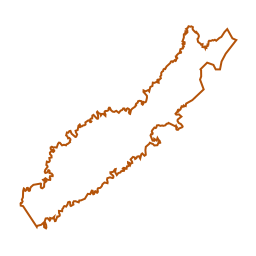 Santiago Yaveo, Oaxaca, Mexico (Equal Earth projection), rotated 184°
{"feature_id": "50627088B23912384176542", "entity_name": "Santiago Yaveo", "entity_type": "district", "adm_level": 2, "iso_a3": "MEX", "parent_name": "Mexico", "parent_adm1": "Oaxaca", "projection": "equal_earth", "projection_center": [-95.477, 17.488], "detail": "fine", "context": "isolated", "style": "outline", "palette": "amber", "viewbox_px": 256, "rotation_deg": 184, "n_neighbors": 0, "source": "geoboundaries", "source_scale": "gbopen_adm2", "svg_char_len": 5825}
<svg xmlns="http://www.w3.org/2000/svg" viewBox="0 0 256 256"><g transform="rotate(184 128 128)"><path d="M35.9,233.6L38.4,230.5L41.2,225.4L43.1,224.2L46.1,221.2L47.5,222.1L48.9,221.3L49.7,221.6L51.4,220.7L53.1,220.7L53.6,220.0L53.7,216.8L54.5,216.8L54.3,215.3L55.6,214.9L55.4,213.3L56.3,213.4L56.4,213.0L56.8,214.0L56.5,215.2L57.6,213.8L59.4,214.0L59.5,216.8L60.8,216.2L61.2,216.9L64.1,218.8L64.9,221.6L64.2,222.5L63.7,224.5L64.0,225.6L65.1,227.1L65.8,227.3L66.2,228.3L66.7,228.7L67.2,228.0L67.7,228.3L70.1,230.6L70.5,231.4L70.3,233.1L71.9,233.8L72.8,233.4L74.7,233.7L75.5,231.9L76.9,230.9L75.7,229.7L75.4,227.6L76.4,226.5L76.3,227.8L77.4,228.4L77.5,226.7L78.8,225.3L78.6,222.1L79.7,218.2L77.5,217.5L77.4,215.8L78.1,215.4L79.1,216.2L79.5,215.8L78.0,213.1L79.0,212.5L78.8,211.2L81.2,210.3L81.6,207.6L81.2,207.3L80.7,207.9L80.3,207.4L80.4,206.8L82.8,205.9L84.5,203.9L84.7,202.9L85.3,202.7L85.0,201.7L84.1,201.7L83.7,201.2L84.7,199.8L84.9,198.5L85.2,198.2L86.2,198.9L87.9,197.0L88.7,197.7L89.8,197.3L90.4,195.7L93.9,192.0L95.0,189.4L95.9,189.6L96.7,188.9L96.9,187.3L98.1,186.4L98.7,185.1L98.5,183.0L99.4,181.6L98.7,179.9L100.3,178.2L101.3,178.5L102.1,177.8L100.7,176.3L100.6,175.3L102.9,175.9L104.7,174.9L106.4,175.0L106.6,171.6L108.6,170.5L109.4,166.0L110.5,167.2L113.1,165.8L115.1,166.6L115.1,165.1L111.4,161.5L111.2,159.4L111.7,156.3L112.2,155.1L113.2,154.7L114.4,155.1L114.6,152.9L115.0,152.3L116.0,153.0L116.1,155.1L116.8,155.8L118.7,155.9L119.9,155.3L120.0,154.1L121.6,152.8L122.1,150.8L121.8,150.8L122.4,149.8L125.1,147.6L126.2,146.2L126.9,142.2L127.5,142.4L128.2,143.5L127.8,145.3L128.2,146.8L129.7,147.6L130.6,147.0L131.0,145.1L131.4,145.0L132.2,145.5L133.0,147.2L134.1,147.2L135.0,145.6L136.6,144.8L138.2,142.5L140.9,144.3L142.9,143.1L144.5,143.3L146.2,144.6L147.5,146.9L148.1,146.9L147.8,147.3L148.3,147.0L148.7,144.4L150.0,143.6L151.8,143.4L152.4,142.7L152.5,142.3L151.4,139.9L151.4,138.6L153.7,140.4L155.0,140.2L155.9,138.7L156.4,140.2L158.4,140.8L159.7,142.2L160.1,141.6L158.8,138.6L158.4,135.9L158.8,135.1L159.7,135.2L163.3,138.7L164.4,137.9L164.4,135.1L165.4,134.9L166.2,134.1L166.0,132.5L165.0,132.0L165.4,131.3L166.1,131.2L167.5,132.9L168.2,132.8L170.9,130.6L170.6,128.5L171.4,127.8L173.0,127.4L174.3,126.3L175.5,126.6L176.4,128.1L177.3,127.1L175.7,125.8L175.9,125.5L177.7,125.6L178.1,122.4L180.1,121.6L179.6,119.9L178.3,118.0L179.1,115.7L179.9,115.4L183.9,118.4L185.2,121.1L186.3,120.8L187.2,119.2L188.6,119.3L189.2,116.3L187.9,115.4L187.0,113.5L185.8,114.0L184.7,112.8L184.6,112.0L185.2,110.8L184.8,109.9L187.1,107.9L188.2,107.4L188.6,106.4L190.7,106.8L192.6,106.1L194.9,108.5L195.9,108.6L196.7,107.4L197.8,103.5L199.6,103.7L200.9,103.3L202.7,104.0L203.8,103.2L203.7,101.9L202.8,100.8L200.9,101.2L200.0,100.4L200.0,99.8L200.8,98.9L202.9,99.6L204.2,97.9L204.0,96.5L202.4,95.1L202.2,93.3L204.4,92.6L203.7,89.8L204.2,88.8L204.9,88.4L206.6,88.8L206.9,85.4L205.9,84.7L205.5,83.6L207.6,80.5L208.0,78.5L207.3,77.4L205.8,77.9L204.9,78.9L204.6,80.3L204.1,80.4L203.2,79.6L203.2,77.6L201.0,77.2L199.8,75.8L199.8,74.7L202.4,74.5L202.6,73.1L201.9,71.8L202.0,70.8L204.7,70.7L206.9,72.1L208.2,70.7L209.1,70.4L208.5,69.6L206.6,69.7L205.9,69.0L207.7,67.2L207.6,63.5L209.2,61.9L210.3,62.1L210.9,62.9L210.9,66.3L211.2,66.5L218.4,64.7L220.6,62.5L221.3,61.1L221.5,58.8L222.3,58.3L223.0,58.8L223.1,60.7L223.8,61.3L224.6,61.1L225.2,58.9L226.0,58.1L226.8,58.4L227.3,60.2L227.7,60.4L228.2,57.9L228.0,51.4L228.9,49.1L228.0,47.4L228.8,45.8L229.6,45.8L229.9,45.3L229.6,43.1L227.2,42.7L212.1,23.0L211.9,24.0L207.8,25.4L205.9,27.4L205.1,25.8L204.7,23.2L202.8,22.2L202.5,22.9L202.9,25.5L204.6,29.0L203.8,32.0L201.9,32.4L199.6,30.2L199.1,31.1L199.3,32.8L197.2,32.4L195.5,34.2L195.8,32.5L195.0,31.7L194.4,30.0L193.8,30.1L192.3,34.8L191.3,34.7L190.0,35.8L190.1,37.2L190.8,38.2L191.1,40.5L187.9,40.4L187.9,42.5L187.1,43.6L186.5,45.3L185.9,45.7L184.2,45.3L182.9,47.9L182.6,49.7L181.3,50.3L180.7,50.0L180.1,46.6L179.5,46.2L177.1,47.8L177.7,49.6L177.0,51.1L175.3,51.3L172.0,50.4L171.5,52.3L169.9,52.5L166.1,54.4L163.5,59.5L161.1,59.4L159.8,63.0L158.9,62.9L158.7,60.4L158.0,59.5L157.2,59.9L156.9,61.8L156.3,62.7L155.8,62.7L155.0,61.4L154.1,61.3L153.6,62.2L154.1,64.9L153.7,65.8L151.4,66.4L150.1,68.1L149.6,70.0L147.7,72.0L144.6,71.5L144.5,72.5L145.3,74.9L145.1,76.5L142.6,77.5L139.9,77.0L139.3,77.3L139.1,78.4L139.5,79.4L142.3,81.4L142.5,82.6L140.1,83.1L139.3,83.8L138.1,86.0L137.4,86.2L137.8,83.2L135.9,80.3L134.5,82.4L132.5,83.1L131.7,84.5L129.0,85.0L128.8,86.1L130.4,87.0L129.8,87.9L128.4,87.9L127.5,87.2L126.6,87.2L126.4,89.6L124.8,90.0L124.4,90.7L125.5,92.8L125.6,93.8L124.2,93.3L124.0,92.1L123.3,91.1L122.8,92.8L121.3,93.4L121.6,94.7L123.2,96.9L121.0,99.5L119.3,99.1L118.7,97.6L117.7,98.3L116.7,100.2L115.1,100.6L113.7,98.4L112.9,102.7L112.0,103.6L109.6,101.5L108.4,102.5L109.1,107.2L108.9,110.5L105.7,113.7L105.2,114.8L101.9,113.7L100.5,112.4L97.5,112.9L96.2,116.4L94.5,114.8L95.6,117.4L96.8,118.4L97.9,120.1L98.5,117.5L101.1,119.0L101.0,117.1L102.6,117.1L105.0,122.1L104.6,123.3L103.7,123.3L103.1,123.9L103.5,124.9L103.3,125.0L104.0,126.0L103.8,127.2L101.7,130.3L100.4,129.9L99.9,130.3L99.3,132.6L97.6,133.0L95.9,132.4L94.0,132.9L93.1,132.6L90.9,133.3L89.8,134.9L88.5,135.1L88.0,135.9L80.7,132.9L80.4,133.4L80.2,132.7L79.9,133.0L79.2,132.1L79.8,130.9L79.6,130.0L78.9,129.6L77.8,129.8L77.2,131.0L74.1,132.5L73.6,133.1L73.9,133.9L75.5,135.6L77.8,136.6L79.1,138.5L79.0,139.9L75.5,143.1L78.1,145.1L80.8,144.7L81.6,145.5L80.5,147.1L79.4,147.6L79.8,148.3L79.5,149.2L78.7,148.7L78.4,149.7L77.8,149.4L77.2,149.9L76.7,150.8L76.6,152.1L75.9,152.4L75.9,153.4L74.9,153.3L74.1,154.3L73.6,153.4L72.7,154.1L72.0,153.9L71.7,156.4L65.8,160.3L55.2,171.8L59.5,181.3L58.6,184.5L59.1,190.6L59.8,191.6L53.6,198.7L47.2,196.9L44.6,192.6L40.3,192.9L39.3,200.9L35.7,209.0L26.1,223.3L30.1,224.7L35.9,233.6Z" fill="none" stroke="#b45309" stroke-width="2"/></g></svg>